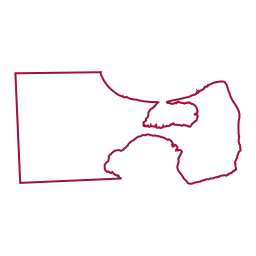 Biedma, Chubut, Argentina (Albers equal-area conic projection)
{"feature_id": "61730980B40140971915743", "entity_name": "Biedma", "entity_type": "district", "adm_level": 2, "iso_a3": "ARG", "parent_name": "Argentina", "parent_adm1": "Chubut", "projection": "albers", "projection_center": [-64.415, -42.44], "detail": "fine", "context": "isolated", "style": "outline", "palette": "rose", "viewbox_px": 256, "rotation_deg": 0, "n_neighbors": 0, "source": "geoboundaries", "source_scale": "gbopen_adm2", "svg_char_len": 5936}
<svg xmlns="http://www.w3.org/2000/svg" viewBox="0 0 256 256"><path d="M65.8,180.9L121.5,178.5L120.7,178.1L119.8,178.4L119.4,178.2L118.8,177.5L119.0,177.1L118.6,176.7L118.7,176.4L118.4,176.2L118.3,175.5L117.4,175.5L117.2,175.2L116.4,175.5L116.0,175.3L113.7,173.7L112.7,172.7L112.4,172.0L112.0,172.1L111.3,173.1L110.6,173.0L108.2,171.4L107.9,171.8L106.9,171.8L105.6,170.6L105.2,169.9L104.7,168.5L104.7,165.1L104.9,164.4L106.4,162.6L108.4,160.9L108.5,159.7L109.1,157.4L108.9,157.1L108.9,156.4L109.4,155.3L110.0,154.6L110.9,154.3L111.8,153.1L112.7,152.2L115.1,150.6L118.9,150.1L119.9,150.3L120.7,150.8L121.0,150.8L121.9,150.6L123.0,149.7L123.5,149.7L123.6,149.2L124.1,148.6L124.8,148.1L125.6,147.8L125.9,147.1L127.6,145.8L128.5,144.0L130.2,142.3L131.7,141.1L133.8,140.1L134.5,139.4L137.3,137.2L138.8,136.5L140.7,136.3L141.2,136.0L141.5,135.6L142.6,135.1L145.7,135.1L146.5,134.6L148.1,134.4L153.4,135.8L154.0,135.5L154.8,135.5L158.1,136.1L163.9,137.7L167.7,139.9L167.9,139.9L168.3,139.5L169.0,139.5L169.8,139.7L171.0,140.7L172.5,142.7L172.7,143.6L172.4,143.8L172.2,144.2L172.3,144.2L172.5,144.5L172.5,146.1L172.6,146.5L173.1,146.4L173.6,145.8L174.1,145.8L174.0,145.5L174.2,145.3L174.9,145.2L175.1,144.9L175.7,145.2L175.6,145.5L176.3,145.7L177.3,147.0L177.5,147.9L176.8,148.8L176.6,149.6L176.1,150.0L176.0,150.6L176.4,150.6L176.5,150.9L176.5,150.7L176.8,150.5L177.8,150.6L178.7,150.0L180.0,150.1L180.7,150.3L181.5,151.1L181.9,151.8L181.8,152.2L181.1,153.2L180.7,154.5L180.2,154.9L179.9,156.1L179.3,156.5L179.0,157.8L178.7,158.0L178.2,158.9L178.4,159.1L178.6,160.8L178.6,162.6L177.8,165.0L177.3,166.1L177.2,167.0L177.9,169.6L179.1,171.9L181.9,175.2L182.5,176.3L183.2,177.1L183.3,177.9L185.7,180.4L186.7,181.1L187.0,182.0L187.6,182.5L187.9,183.2L189.4,183.6L191.4,183.8L195.4,182.5L200.4,181.5L201.3,180.9L201.9,180.8L202.4,180.5L204.2,180.1L204.5,180.2L204.8,179.9L206.0,179.4L207.6,179.2L209.0,179.4L210.1,178.5L213.0,178.4L213.7,177.9L215.4,177.4L216.0,177.5L217.0,176.9L217.7,177.1L218.3,176.8L219.0,176.9L219.2,176.4L221.0,175.7L224.7,175.2L225.7,175.4L225.8,175.6L226.4,175.6L227.1,175.3L227.7,174.5L228.5,174.5L229.4,173.6L230.8,173.1L231.5,173.1L231.6,172.6L232.6,171.9L233.0,171.2L233.8,171.3L234.3,170.4L235.0,170.1L235.4,170.1L236.0,169.6L235.8,169.4L236.1,168.7L236.0,168.2L235.6,167.8L235.6,167.2L235.7,166.5L236.0,166.4L235.7,166.4L235.4,165.8L235.3,164.4L235.5,163.9L235.0,163.3L235.0,162.5L235.3,161.8L235.2,161.7L235.2,161.3L236.0,159.9L236.5,158.6L236.9,158.3L237.3,156.9L237.2,156.1L238.1,154.2L238.5,152.4L239.0,151.8L240.4,150.6L240.6,149.6L240.2,148.8L240.5,147.9L240.1,146.7L240.0,144.9L239.4,144.2L238.7,141.9L238.7,139.1L238.8,138.5L239.2,137.5L239.2,136.7L239.2,136.4L238.8,136.1L238.9,135.4L238.7,135.0L238.4,125.6L238.8,120.4L239.4,117.9L239.5,114.3L238.8,111.3L237.8,109.0L235.9,105.6L232.3,100.1L230.7,96.8L230.1,95.3L229.7,93.4L228.6,91.4L227.6,87.8L226.5,84.7L224.6,81.9L223.3,81.5L222.5,81.6L220.4,81.4L217.2,82.1L216.3,82.1L213.6,82.8L212.3,83.3L211.2,84.0L210.5,84.2L208.4,85.3L208.0,85.2L208.0,85.4L207.8,85.4L207.6,85.7L207.7,86.0L207.3,86.5L206.6,86.6L206.1,86.8L205.2,86.6L204.7,87.1L204.7,87.7L204.1,88.0L204.1,88.3L203.9,88.3L203.8,88.7L203.0,89.5L201.4,90.1L200.6,90.8L199.3,90.8L199.4,91.3L198.7,91.8L198.4,91.6L198.6,92.0L198.5,92.4L198.1,92.8L197.3,93.2L196.9,93.1L196.7,92.8L196.6,93.2L196.0,93.6L196.0,93.9L194.8,94.7L194.1,94.9L193.8,94.7L192.6,95.3L191.9,95.3L190.7,96.1L188.3,97.0L178.0,99.4L172.6,100.4L168.0,101.6L166.1,102.3L167.0,102.3L168.0,103.0L169.0,103.0L170.0,103.3L170.6,103.7L171.5,103.7L172.3,104.0L172.8,103.6L173.7,103.7L174.5,103.1L176.1,103.3L176.2,103.1L176.0,102.7L176.3,102.4L177.7,102.4L177.9,101.9L178.4,101.9L178.5,101.8L179.3,102.0L180.2,102.7L180.2,102.9L180.0,103.1L180.5,102.8L181.1,102.8L181.5,103.0L182.3,102.8L183.2,103.2L183.6,103.1L184.4,103.6L184.8,103.3L186.5,102.9L187.0,102.5L187.5,102.5L188.6,102.9L188.8,102.5L189.1,102.4L190.1,102.8L191.6,104.0L192.4,103.9L193.3,104.3L194.3,105.2L194.6,105.2L195.0,105.5L195.8,106.8L196.2,107.0L196.6,107.9L197.4,110.3L197.6,111.8L197.4,112.3L197.1,112.3L197.1,113.3L196.7,113.5L196.3,113.5L196.0,114.0L195.3,113.9L195.3,114.1L195.1,114.4L196.0,114.5L196.8,115.4L197.2,115.6L197.5,115.5L197.7,116.1L197.7,116.7L197.3,117.7L196.8,119.7L196.4,120.7L195.3,121.0L194.8,121.7L194.4,121.7L193.8,122.6L192.4,123.4L191.5,125.0L190.4,126.5L189.9,126.7L188.5,126.5L188.4,126.1L187.7,125.8L186.0,125.7L185.8,125.5L185.7,125.3L185.0,125.1L184.1,125.3L183.7,124.9L182.5,125.5L181.5,125.7L180.6,125.1L179.2,125.2L178.5,124.8L177.2,125.0L176.7,124.7L174.5,124.8L174.1,124.6L173.7,123.7L173.4,123.4L172.9,123.5L172.6,124.1L172.2,124.4L171.7,124.5L171.5,124.3L170.9,124.4L170.8,124.6L170.5,124.7L170.6,125.1L170.4,125.3L168.7,126.1L167.5,126.1L166.9,125.7L166.2,126.0L166.0,126.4L165.6,126.6L165.0,126.5L163.6,126.8L163.3,126.8L163.2,126.5L163.1,126.9L162.5,127.0L162.3,127.4L161.5,127.9L161.0,127.9L159.7,127.8L159.1,127.3L157.8,127.8L156.9,127.7L156.1,126.8L156.1,126.2L156.4,125.4L156.1,124.8L155.5,125.4L155.5,126.4L154.9,126.7L153.2,126.4L152.1,126.4L151.2,126.0L150.9,125.3L150.7,126.1L149.5,126.9L148.1,126.5L147.8,125.9L147.9,125.6L147.3,125.7L147.3,125.9L147.0,126.0L146.7,126.3L146.0,126.3L145.2,126.0L144.4,126.2L144.0,126.0L143.7,125.5L144.0,125.1L143.6,125.1L143.6,124.8L143.4,123.2L143.6,122.3L144.2,121.8L145.0,121.5L145.8,120.9L146.0,120.2L145.9,119.4L145.9,118.9L147.4,117.5L148.1,116.1L148.4,114.9L148.3,113.6L148.4,112.8L149.2,111.1L150.7,109.2L152.3,108.4L152.3,108.0L152.7,107.7L153.9,107.2L154.2,106.3L155.6,105.2L156.6,103.7L158.1,102.4L157.2,102.1L150.9,102.0L144.0,101.3L138.8,100.4L136.2,99.5L134.0,99.5L132.1,99.2L129.1,98.3L126.4,96.9L125.9,97.3L125.3,97.4L123.6,97.1L122.7,96.6L122.6,96.2L122.3,96.5L121.7,96.3L118.8,95.1L116.5,93.7L111.3,89.6L109.2,87.6L106.2,84.0L103.9,80.6L101.7,76.2L100.9,74.1L100.7,72.8L100.9,72.2L15.4,73.3L20.2,182.9L65.8,180.9Z" fill="none" stroke="#9f1239" stroke-width="2"/></svg>